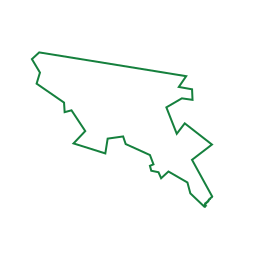 the district of Lainya, Central Equatoria, South Sudan, rotated 345°
{"feature_id": "79223893B40788586970477", "entity_name": "Lainya", "entity_type": "district", "adm_level": 2, "iso_a3": "SSD", "parent_name": "South Sudan", "parent_adm1": "Central Equatoria", "projection": "mercator", "projection_center": [31.019, 4.203], "detail": "fine", "context": "isolated", "style": "outline", "palette": "green", "viewbox_px": 256, "rotation_deg": 345, "n_neighbors": 0, "source": "geoboundaries", "source_scale": "gbopen_adm2", "svg_char_len": 1096}
<svg xmlns="http://www.w3.org/2000/svg" viewBox="0 0 256 256"><g transform="rotate(345 128 128)"><path d="M181.4,223.8L181.5,223.8L181.9,224.0L182.1,223.7L182.2,223.4L182.5,223.3L183.0,223.2L182.8,222.8L182.4,222.7L182.0,222.4L182.1,222.1L182.5,221.9L182.8,221.6L182.8,221.3L182.9,221.0L183.3,221.1L183.6,221.2L183.8,221.1L183.8,220.7L184.0,220.4L184.6,220.3L184.8,220.1L185.1,220.2L185.3,220.3L185.6,220.2L185.8,219.9L185.9,219.6L186.3,219.6L186.6,219.5L186.6,219.2L186.7,218.9L187.0,218.7L187.6,218.5L187.7,218.3L187.7,218.0L188.1,217.8L188.5,217.9L188.8,217.9L189.0,217.7L189.3,217.3L189.4,217.1L190.0,216.9L190.5,216.6L191.0,216.6L191.4,216.2L191.6,216.0L181.6,175.3L204.8,165.7L184.0,138.2L173.6,146.2L170.4,118.0L187.7,113.3L197.6,117.5L199.9,107.2L187.7,101.5L197.6,93.0L61.8,32.0L53.0,36.6L57.3,51.7L51.2,61.5L72.8,86.9L70.9,96.3L78.0,96.3L85.9,119.9L71.4,128.8L99.5,146.7L105.6,133.0L121.1,134.9L121.6,142.9L142.2,159.8L143.2,169.7L139.4,170.2L139.4,175.3L146.0,178.6L147.0,185.1L155.8,180.5L171.3,196.0L171.3,207.3L181.4,223.8Z" fill="none" stroke="#15803d" stroke-width="2"/></g></svg>